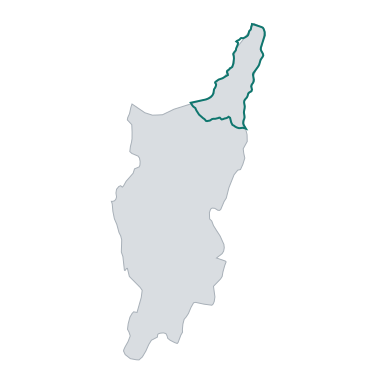 Georgia, with Abkhazia highlighted, rotated 87°
{"feature_id": "GEO-3015", "entity_name": "Abkhazia", "entity_type": "Autonomous Republic", "adm_level": 1, "iso_a3": "GEO", "parent_name": "Georgia", "parent_adm1": "", "projection": "orthographic", "projection_center": [41.203, 42.991], "detail": "fine", "context": "in_parent", "style": "outline", "palette": "teal", "viewbox_px": 384, "rotation_deg": 87, "n_neighbors": 0, "source": "natural_earth", "source_scale": "10m", "svg_char_len": 3874}
<svg xmlns="http://www.w3.org/2000/svg" viewBox="0 0 384 384"><g transform="rotate(87 192 192)"><path d="M197.1,273.0L197.2,271.7L196.7,269.8L195.2,268.4L193.0,267.6L189.0,268.0L185.3,267.2L182.7,264.8L182.0,262.9L183.5,261.4L182.4,260.1L177.8,257.2L170.2,249.8L165.9,248.2L164.2,243.5L162.5,242.6L158.9,242.2L155.2,242.7L154.4,243.3L153.3,244.0L150.4,250.0L148.4,252.0L143.3,251.1L139.1,249.8L135.7,249.1L129.1,248.7L121.6,248.6L116.6,252.8L114.4,252.3L110.5,250.3L104.3,248.6L101.0,247.3L110.4,234.9L113.2,227.5L113.3,223.0L113.3,217.4L108.4,205.7L104.1,189.1L99.7,171.9L96.3,166.7L82.2,160.8L79.0,154.0L68.1,145.2L53.1,141.3L50.1,139.6L37.2,128.5L27.1,121.2L29.3,117.0L32.3,112.5L35.4,111.4L44.6,113.3L53.0,115.4L59.2,114.0L66.6,117.6L73.3,121.8L80.1,124.7L93.3,127.4L98.2,131.1L104.0,134.9L126.6,136.6L128.4,136.0L130.1,135.5L137.6,134.0L144.4,134.2L151.5,138.6L156.0,138.3L160.9,137.5L167.1,139.8L172.1,142.4L172.6,145.2L177.0,149.1L189.6,154.9L199.9,158.1L203.1,160.4L210.9,164.2L211.8,165.4L211.6,167.1L209.5,170.1L209.1,172.8L210.1,174.3L213.4,175.7L219.8,175.8L222.0,173.8L226.7,172.3L231.4,169.7L237.5,166.2L246.0,162.9L249.4,162.7L252.7,163.5L255.1,165.1L259.2,171.0L262.7,162.3L263.6,161.6L267.2,163.2L273.5,165.3L277.9,166.3L280.3,168.0L287.3,175.5L297.9,174.6L302.4,175.5L304.9,176.7L306.1,178.1L304.6,186.0L302.4,194.2L302.7,196.2L307.1,199.0L313.1,201.9L316.4,204.3L318.7,206.5L323.4,208.0L328.9,208.8L331.5,208.8L334.3,210.6L341.6,213.8L342.5,214.7L341.5,217.1L338.9,221.6L336.8,223.9L334.4,224.4L332.0,225.5L331.2,227.9L331.3,230.8L331.8,232.9L332.5,233.7L335.1,234.2L337.9,240.3L342.1,243.2L348.4,246.4L354.1,250.2L356.9,253.7L356.6,256.5L355.2,262.3L350.9,267.2L347.2,268.7L345.8,268.3L343.3,267.0L338.1,263.7L332.5,261.2L328.4,262.3L325.7,263.6L320.2,262.6L313.7,260.5L310.2,258.2L308.6,256.5L309.4,253.2L294.7,248.2L287.6,246.9L284.5,248.8L274.2,258.0L273.0,259.0L264.9,260.5L264.9,261.3L266.9,263.0L266.5,263.6L252.8,264.4L248.3,265.7L236.1,264.7L232.1,265.5L228.7,267.0L220.4,268.8L214.7,270.9L207.3,272.0L199.7,272.3L197.1,273.0Z" fill="#d9dde1" stroke="#a8b0b8" stroke-width="1"/><path d="M36.1,111.0L39.4,111.1L51.2,115.6L53.1,115.9L54.6,115.5L57.7,113.9L59.4,113.7L60.8,114.4L61.2,114.8L63.6,116.6L68.5,118.3L70.1,119.3L76.6,124.6L78.1,125.0L83.1,124.3L84.8,124.6L86.3,125.4L87.8,126.7L89.5,127.4L92.9,126.7L94.4,127.3L94.8,127.9L95.5,129.5L95.9,130.1L96.6,130.7L99.1,131.5L100.4,132.2L102.6,134.4L103.9,135.1L105.6,135.3L109.1,134.8L110.9,135.0L114.0,135.8L115.5,136.0L118.9,135.6L120.3,135.6L121.7,136.0L123.2,136.8L124.8,137.2L126.3,137.3L127.8,136.9L131.6,134.8L131.0,136.3L130.5,138.1L130.7,140.0L130.7,141.8L130.0,143.7L129.1,145.3L128.0,146.6L127.1,148.1L124.6,149.2L119.9,150.1L119.5,150.6L118.8,151.6L119.6,152.7L120.1,154.1L120.3,155.6L120.4,155.9L120.8,157.0L121.1,158.5L120.3,159.5L119.7,159.9L119.2,160.4L119.2,161.1L119.5,161.8L120.1,164.8L120.0,166.5L120.2,168.1L121.6,170.4L121.8,172.0L122.0,173.3L121.6,174.5L120.7,175.0L119.7,175.9L118.9,177.0L115.1,180.9L110.9,183.3L110.7,183.4L108.3,184.3L107.7,185.1L106.6,186.4L104.8,187.6L104.2,187.9L103.0,188.5L102.8,188.6L100.3,173.1L99.4,170.5L98.2,168.3L96.6,166.6L94.6,165.4L90.9,164.7L90.1,164.3L89.3,163.6L88.1,162.9L86.9,162.5L85.9,162.3L85.4,162.5L84.4,163.1L83.8,163.2L83.3,162.9L81.1,159.5L80.0,155.5L78.0,151.9L77.1,150.0L75.9,150.1L74.0,150.9L72.8,150.5L71.4,148.3L70.5,147.8L70.5,147.4L69.4,145.5L69.1,145.2L65.6,143.8L60.7,143.1L58.5,143.2L56.9,143.6L56.3,143.6L55.8,143.4L54.8,142.5L54.3,142.3L54.1,142.1L53.3,141.2L52.9,140.9L52.4,140.7L50.9,140.4L47.0,138.5L45.3,138.3L44.0,139.9L43.5,139.3L42.8,137.6L42.4,136.7L41.3,135.6L40.8,134.9L41.1,132.8L40.3,130.8L39.3,129.0L38.5,128.0L37.1,127.3L34.4,126.5L32.9,124.9L32.2,124.6L30.0,124.2L28.5,123.5L27.4,123.3L27.7,122.1L31.0,113.7L31.7,112.6L32.9,111.9L36.1,111.0Z" fill="none" stroke="#0f766e" stroke-width="2"/></g></svg>